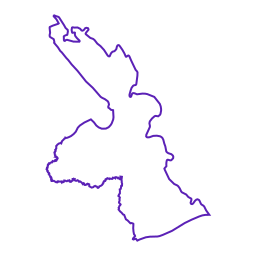 outline of Don Mot Daeng, Ubon Ratchathani, Thailand
{"feature_id": "78962969B4168813310505", "entity_name": "Don Mot Daeng", "entity_type": "district", "adm_level": 2, "iso_a3": "THA", "parent_name": "Thailand", "parent_adm1": "Ubon Ratchathani", "projection": "orthographic", "projection_center": [104.981, 15.398], "detail": "fine", "context": "isolated", "style": "outline", "palette": "violet", "viewbox_px": 256, "rotation_deg": 0, "n_neighbors": 0, "source": "geoboundaries", "source_scale": "gbopen_adm2", "svg_char_len": 5732}
<svg xmlns="http://www.w3.org/2000/svg" viewBox="0 0 256 256"><path d="M160.7,106.4L159.8,103.9L154.3,96.9L147.3,94.1L145.2,93.7L142.5,93.6L137.0,94.3L134.6,93.3L133.1,93.1L132.5,93.4L132.0,93.9L131.1,96.6L130.4,96.9L129.8,96.6L129.5,95.8L129.5,94.6L130.7,90.3L131.6,87.8L133.1,85.8L134.0,85.3L135.7,85.0L136.3,84.1L137.4,75.7L137.5,72.4L137.1,71.5L135.6,69.8L131.2,60.6L129.4,56.4L128.8,55.7L128.3,55.5L127.4,55.9L126.5,56.7L125.8,56.6L124.3,53.2L122.3,49.7L119.8,46.1L118.9,45.2L118.2,45.1L117.4,45.6L116.8,46.9L116.4,48.9L115.2,50.5L114.1,51.3L112.6,51.7L112.0,52.2L111.0,53.3L109.7,56.2L109.2,56.4L108.4,56.2L107.5,55.3L104.0,49.9L100.5,46.1L97.3,43.6L94.5,40.0L93.1,38.9L90.3,37.9L85.8,34.2L85.6,33.7L86.1,32.6L88.5,29.7L88.4,29.0L88.0,28.2L86.4,27.8L85.2,28.2L84.1,29.7L83.2,30.4L82.2,30.7L81.5,30.4L80.2,28.8L77.6,27.5L74.3,27.6L72.7,27.3L72.0,27.6L71.6,30.0L72.1,32.5L72.4,32.8L74.4,32.5L74.9,32.7L74.9,34.8L75.4,36.2L77.1,38.3L79.5,40.6L79.6,41.3L79.3,41.7L73.5,41.6L67.0,39.8L65.8,40.1L64.9,40.9L64.4,40.9L64.1,40.5L63.9,40.0L63.8,36.5L64.3,35.9L66.4,35.0L67.1,34.9L67.3,34.7L67.9,31.5L67.7,29.9L65.6,28.0L64.0,25.1L59.0,17.3L58.2,16.8L55.9,16.1L54.3,15.4L53.8,15.6L53.7,16.3L56.5,19.4L58.7,23.4L58.4,23.7L52.6,25.7L49.8,27.0L49.6,27.8L50.1,32.8L49.6,35.2L49.8,36.6L50.4,37.2L53.6,39.1L53.9,39.8L54.4,42.2L54.1,42.8L57.9,47.3L60.2,50.9L61.8,52.4L66.3,58.0L68.2,60.0L71.6,64.4L77.5,70.8L86.0,81.5L92.8,87.8L100.6,96.8L102.1,97.8L104.8,99.1L107.7,101.2L108.4,102.3L109.0,104.4L108.2,106.9L108.4,107.7L109.4,108.3L111.0,109.8L113.1,110.2L113.5,117.2L113.2,119.5L111.7,123.4L110.7,125.0L109.0,126.9L108.0,127.6L107.3,127.8L106.8,128.2L105.8,128.6L101.8,128.7L98.7,127.4L96.3,125.5L94.0,122.4L90.9,119.4L84.4,122.5L79.9,125.5L77.8,127.7L75.8,131.7L73.7,134.0L71.1,136.0L69.1,137.0L67.4,137.7L65.9,138.0L65.4,137.7L65.3,138.2L65.1,138.4L64.5,138.5L63.7,139.5L62.1,141.0L61.3,143.3L60.7,142.8L60.0,143.3L59.1,143.4L57.3,144.7L56.5,146.0L56.2,146.1L56.3,148.4L55.9,148.8L55.8,149.8L55.2,150.0L55.5,151.2L55.0,151.6L54.9,152.4L54.4,152.5L54.4,152.8L54.8,153.8L54.8,154.7L54.9,154.8L55.0,155.3L55.3,155.4L55.2,155.7L55.6,156.5L55.9,156.6L55.5,156.9L56.3,157.1L56.6,157.6L57.3,157.8L57.7,158.2L57.6,158.5L57.0,159.6L55.3,159.9L54.8,160.6L55.1,160.7L56.4,160.5L56.3,160.8L53.6,161.4L52.7,161.0L52.1,161.7L52.0,162.4L51.0,162.5L49.7,163.2L49.6,163.5L49.1,163.3L48.9,164.1L48.5,164.4L48.0,164.4L47.8,164.9L48.1,165.1L48.0,165.7L47.6,166.5L47.7,167.1L47.1,167.5L47.2,168.0L46.9,168.0L46.7,168.8L47.0,168.8L46.8,169.5L47.3,170.0L47.2,170.8L47.8,171.1L47.6,171.5L47.9,172.2L48.8,172.9L48.8,173.3L49.1,173.1L49.3,173.4L49.4,175.1L50.2,176.3L50.2,176.7L50.8,176.7L51.2,177.3L51.0,177.7L51.4,178.1L51.3,178.5L51.6,178.9L51.4,179.0L51.7,179.3L51.4,179.7L51.7,179.9L51.6,180.4L51.3,180.4L51.5,181.0L52.2,181.0L52.4,180.7L53.1,180.9L53.8,180.8L56.0,182.2L57.3,182.4L57.7,182.2L57.8,181.8L57.6,181.4L58.0,181.2L59.3,181.6L60.5,181.5L61.0,181.8L61.4,181.6L61.9,182.6L62.2,182.3L62.4,181.6L63.3,182.1L63.9,181.8L64.2,180.5L65.4,180.7L66.2,181.2L67.0,181.2L67.7,180.6L68.3,180.8L69.3,180.2L69.7,180.5L69.8,181.7L70.8,181.9L71.1,181.8L71.6,181.1L72.5,180.7L72.6,179.0L73.3,179.0L73.7,178.7L73.9,178.9L73.9,179.4L74.7,179.2L74.6,180.2L75.5,180.7L76.6,180.8L77.4,180.2L78.1,180.5L79.1,181.8L79.8,181.3L80.3,181.5L81.8,182.7L82.9,184.3L83.5,184.0L83.2,183.3L83.6,183.1L84.1,183.5L84.5,184.8L84.8,185.0L85.9,184.9L86.6,184.2L87.5,183.7L87.8,183.8L87.9,184.2L88.5,184.0L89.2,184.3L89.3,186.3L91.7,187.6L93.4,187.1L93.8,186.5L95.1,185.9L95.5,186.3L96.4,186.4L96.6,186.6L97.0,186.7L97.6,187.8L98.3,187.8L99.1,187.0L99.3,186.4L101.2,185.6L102.2,184.8L102.3,184.4L102.9,183.9L102.9,183.2L103.6,182.7L103.6,181.7L103.9,181.2L105.2,181.0L105.4,180.7L105.4,179.4L105.6,179.2L106.4,179.3L106.7,178.7L107.3,178.2L107.9,178.6L108.5,178.5L109.4,179.1L109.6,179.0L109.8,178.5L111.5,178.9L112.4,178.9L112.8,177.7L113.8,177.9L114.5,177.7L115.3,178.3L115.4,178.0L115.1,177.4L116.0,177.1L117.2,177.6L117.6,178.0L117.9,177.6L118.1,177.6L118.8,178.5L119.8,179.1L120.4,177.7L120.4,176.6L121.9,176.8L121.5,179.9L121.8,181.2L121.6,182.0L122.1,183.6L122.0,185.7L121.2,185.8L120.8,188.8L119.7,189.4L119.9,190.8L119.9,193.5L119.1,194.3L118.4,195.9L118.5,196.2L119.2,196.4L119.9,197.8L119.4,198.8L119.4,199.4L119.7,199.9L119.5,201.0L119.2,201.4L119.0,202.7L120.6,204.4L120.3,205.1L119.3,206.1L119.1,207.0L118.6,207.8L119.0,208.5L118.6,209.6L119.7,210.8L119.8,211.2L121.5,212.6L123.1,214.5L124.2,214.9L125.9,219.3L127.7,220.5L130.4,223.3L131.1,223.0L132.1,223.2L133.3,223.7L133.4,224.6L133.2,228.2L133.5,231.6L134.0,234.2L134.9,235.4L135.1,236.1L133.0,238.5L132.9,239.2L133.5,239.5L135.1,238.9L136.0,238.9L137.3,240.6L139.6,239.5L145.8,237.3L149.9,236.7L157.4,236.5L159.5,236.1L162.8,234.9L172.1,230.8L184.8,223.0L191.8,219.6L199.1,216.5L202.3,215.4L205.3,214.9L209.3,214.8L206.2,210.5L204.2,206.5L203.3,205.6L201.5,204.5L200.9,203.8L199.5,200.7L199.0,200.0L197.6,199.3L196.4,199.6L195.1,200.7L193.1,203.5L192.1,204.1L191.3,204.0L190.8,203.4L190.6,202.7L191.4,200.0L191.4,199.0L191.2,198.6L188.3,197.0L186.2,194.5L181.9,192.3L181.2,191.5L179.7,188.3L178.2,186.2L177.2,185.4L174.2,184.0L169.2,179.1L164.7,169.6L164.4,168.5L166.4,166.2L166.3,164.1L166.4,162.5L166.7,160.8L167.1,160.0L167.8,159.7L170.0,160.3L171.0,160.3L171.5,160.0L173.1,158.3L173.3,156.8L172.9,155.6L171.4,154.2L168.3,153.2L167.0,152.3L166.3,151.5L165.3,146.3L164.3,143.6L163.3,139.7L162.3,137.8L161.2,136.9L160.1,136.3L156.8,135.7L153.2,135.9L149.6,137.2L147.9,137.4L146.9,137.2L146.2,136.5L146.3,134.8L149.9,126.9L149.9,125.8L149.4,123.3L149.8,121.4L152.0,118.5L154.6,116.2L155.7,115.9L158.2,116.3L160.0,114.8L160.5,113.8L161.1,110.6L161.1,109.0L160.7,106.4Z" fill="none" stroke="#5b21b6" stroke-width="2"/></svg>